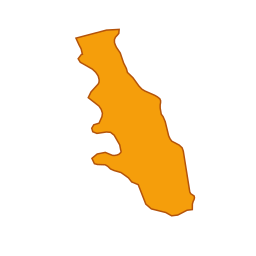 map outline of Val-d'Oise (Equal Earth projection), rotated 56°
{"feature_id": "FRA-5349", "entity_name": "Val-d'Oise", "entity_type": "Metropolitan department", "adm_level": 1, "iso_a3": "FRA", "parent_name": "France", "parent_adm1": "", "projection": "equal_earth", "projection_center": [2.084, 49.057], "detail": "fine", "context": "isolated", "style": "filled", "palette": "amber", "viewbox_px": 256, "rotation_deg": 56, "n_neighbors": 0, "source": "natural_earth", "source_scale": "10m", "svg_char_len": 1257}
<svg xmlns="http://www.w3.org/2000/svg" viewBox="0 0 256 256"><g transform="rotate(56 128 128)"><path d="M174.8,155.1L169.6,155.5L161.0,158.7L155.5,163.3L152.2,165.4L148.4,166.2L145.7,167.5L141.2,173.7L138.8,175.8L133.0,174.9L132.3,168.1L135.5,160.5L142.0,156.2L143.2,154.6L144.2,152.4L144.7,150.3L144.3,147.7L143.4,146.7L142.0,146.3L137.4,144.3L126.2,143.5L121.8,144.9L119.2,148.2L115.1,156.8L111.4,159.3L107.9,158.2L106.2,154.6L107.8,149.3L104.0,143.2L101.4,140.9L97.5,139.8L93.5,139.8L80.6,144.0L77.4,138.5L74.9,128.2L74.0,126.6L72.0,125.0L68.1,123.6L63.7,123.6L59.3,124.6L46.8,130.8L42.7,130.6L41.0,125.6L41.4,124.6L36.2,122.6L31.6,122.1L24.4,120.9L34.8,91.1L41.3,80.2L44.4,82.7L45.0,84.7L45.7,87.6L47.1,89.8L49.7,91.5L52.2,92.1L54.6,92.5L61.5,92.5L71.6,95.3L77.8,96.1L81.6,97.4L89.1,95.8L99.2,95.5L103.5,94.8L106.6,93.4L115.8,87.6L118.4,86.3L121.5,85.3L123.6,85.7L125.3,86.9L126.8,88.4L129.5,90.2L135.1,92.7L138.3,92.6L143.5,93.6L157.3,98.7L160.5,99.2L163.4,99.1L170.8,95.1L174.7,94.2L178.1,95.1L215.7,112.6L217.7,112.7L221.3,111.2L223.0,111.9L224.3,113.3L225.1,114.8L227.0,117.1L231.6,120.3L229.2,125.0L228.0,135.4L225.2,140.9L219.1,144.0L208.1,153.9L201.1,155.8L180.7,151.2L174.8,155.1Z" fill="#f59e0b" stroke="#b45309" stroke-width="1.5"/></g></svg>